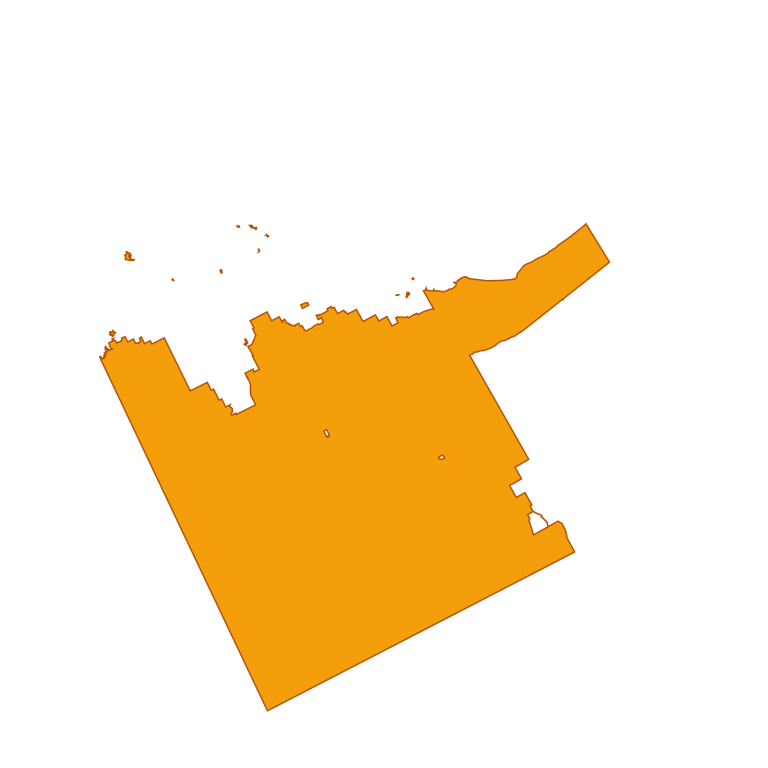 Unincorporated SA, South Australia, Australia (orthographic projection), rotated 152°
{"feature_id": "25037944B19571193858150", "entity_name": "Unincorporated SA", "entity_type": "district", "adm_level": 2, "iso_a3": "AUS", "parent_name": "Australia", "parent_adm1": "South Australia", "projection": "orthographic", "projection_center": [135.729, -30.866], "detail": "fine", "context": "isolated", "style": "filled", "palette": "amber", "viewbox_px": 768, "rotation_deg": 152, "n_neighbors": 0, "source": "geoboundaries", "source_scale": "gbopen_adm2", "svg_char_len": 6187}
<svg xmlns="http://www.w3.org/2000/svg" viewBox="0 0 768 768"><g transform="rotate(152 384 384)"><path d="M622.4,541.2L640.3,150.2L294.5,146.2L294.7,163.3L293.9,163.7L292.5,169.7L292.3,177.0L294.7,181.2L306.3,180.9L304.9,185.3L305.4,187.2L306.5,190.3L306.7,194.5L309.9,198.1L312.2,201.7L312.3,207.9L310.3,207.9L310.5,221.9L320.5,221.7L320.7,235.4L307.1,235.7L307.3,249.0L291.6,249.5L294.9,369.1L292.4,368.9L288.3,369.4L286.6,368.5L282.8,368.0L280.3,366.7L272.7,365.6L267.5,365.8L263.0,366.8L260.0,366.9L256.4,365.4L255.6,365.8L252.2,365.3L251.1,365.8L246.0,364.9L244.0,365.4L236.9,365.8L186.5,375.0L186.4,374.4L185.5,374.6L185.5,375.1L127.7,385.7L130.5,430.7L132.5,429.9L152.0,426.3L165.0,424.8L168.1,423.8L176.4,423.2L177.7,422.6L182.8,422.3L191.7,422.8L195.0,422.3L201.9,422.9L204.9,422.8L213.8,419.1L215.1,418.2L216.0,416.7L217.9,415.3L218.8,415.3L222.8,416.5L231.2,420.1L244.6,426.8L257.9,436.0L259.6,437.3L261.1,439.9L261.9,440.1L262.3,440.8L266.3,441.4L266.8,440.8L268.9,441.1L269.2,440.4L270.8,440.1L270.9,440.4L271.3,439.7L272.2,439.5L274.5,441.0L274.7,440.8L274.1,440.0L273.3,439.9L273.1,439.2L273.6,437.9L274.9,436.8L278.6,436.1L282.0,436.8L282.3,437.2L283.3,436.8L285.3,437.1L285.8,436.7L289.2,438.2L292.4,440.8L294.9,442.1L295.7,442.9L295.6,444.1L296.7,443.0L300.2,445.0L302.3,447.3L301.8,449.0L302.7,448.3L302.5,447.7L303.0,447.1L305.4,447.8L304.9,426.6L306.0,427.5L307.9,428.1L315.1,429.3L321.4,429.2L321.5,430.8L324.1,430.7L324.2,431.3L331.4,430.8L331.5,432.3L333.0,432.3L340.9,437.0L341.4,436.2L342.7,436.8L342.6,431.6L349.7,431.5L349.8,442.2L359.0,442.0L359.1,449.1L372.8,449.0L373.2,449.2L373.4,462.8L383.0,462.7L383.7,465.5L384.9,465.6L384.9,468.0L392.0,467.9L392.0,475.0L394.1,475.0L394.2,477.3L395.3,476.9L396.1,477.2L399.0,477.0L399.1,475.0L408.6,474.9L408.7,475.7L409.6,475.6L411.5,476.5L411.9,471.8L407.9,471.6L408.8,466.9L413.2,466.9L413.9,468.0L418.0,468.2L421.1,467.4L428.1,467.5L428.8,468.4L428.9,473.8L430.8,473.8L430.8,477.4L433.3,477.8L435.6,477.2L435.6,477.9L436.5,477.9L437.8,479.3L438.4,479.3L439.0,480.6L439.3,480.6L439.2,481.9L440.0,481.9L441.3,484.0L441.3,487.7L444.4,487.7L443.8,486.7L444.9,486.2L444.9,492.5L453.5,492.6L453.4,502.5L472.5,502.7L472.6,494.3L474.1,494.3L474.2,487.3L482.2,480.9L486.6,481.0L486.0,471.0L487.0,471.0L487.3,455.5L493.1,455.6L493.3,456.0L492.8,456.7L492.5,458.6L501.5,458.7L501.9,454.6L501.3,454.6L501.7,453.4L501.4,453.1L501.9,452.1L501.5,451.6L501.6,450.0L502.3,445.9L506.8,437.4L507.1,425.9L528.3,426.4L528.3,427.4L529.2,426.7L530.1,428.2L533.2,427.5L533.2,429.7L531.1,430.5L529.7,432.8L530.1,433.1L529.6,433.8L530.4,435.7L530.5,437.5L529.8,437.9L534.6,438.0L534.3,447.0L537.2,447.1L536.9,459.5L539.5,459.6L539.3,468.4L558.3,468.9L556.4,527.9L570.3,528.2L570.1,531.9L576.5,532.1L576.2,539.4L578.0,539.4L578.6,538.7L578.8,535.6L581.3,535.7L581.5,535.1L582.0,535.9L583.9,536.2L584.3,536.5L584.1,541.3L590.6,541.4L590.4,547.2L591.1,547.6L592.0,547.1L593.5,548.0L594.7,546.8L595.0,545.6L596.0,545.6L596.9,544.8L598.1,545.6L600.8,545.6L600.7,548.3L601.4,548.6L602.6,550.7L601.4,551.3L602.8,551.6L603.3,550.0L603.1,550.0L603.1,549.3L607.6,549.5L608.2,547.1L608.4,543.7L607.5,542.6L610.1,542.7L610.9,543.3L611.3,543.9L611.2,544.9L612.4,546.7L612.2,547.7L613.1,547.2L613.3,546.6L612.9,546.4L613.3,545.8L612.9,545.3L613.7,545.4L613.9,545.1L612.3,545.0L612.7,544.5L611.9,543.1L612.8,542.6L614.5,543.3L614.7,542.2L615.5,542.4L615.1,541.9L615.9,541.7L615.6,541.1L616.0,541.2L616.6,540.5L616.9,541.0L617.0,540.6L617.6,540.9L617.8,540.5L617.5,539.7L618.1,540.0L618.7,539.6L618.9,539.0L618.3,539.1L618.1,538.5L619.3,538.7L619.2,538.3L620.6,538.3L620.8,539.0L621.2,539.3L621.1,539.9L621.6,540.1L621.3,540.5L621.8,540.6L621.5,540.9L621.8,541.6L622.4,541.2ZM312.2,201.5L310.0,198.1L306.8,194.4L306.8,193.5L307.2,193.1L306.7,193.2L306.6,190.3L305.0,185.3L306.4,180.9L322.8,180.6L320.0,195.6L318.5,196.7L318.3,197.7L318.7,201.1L312.2,201.5ZM459.6,364.5L459.1,370.6L456.1,370.6L456.2,364.5L456.7,364.5L456.6,363.9L458.4,363.3L458.5,364.5L459.6,364.5ZM366.9,289.9L370.1,291.4L370.1,293.8L365.7,293.8L365.1,290.4L366.9,289.9ZM546.1,611.2L546.6,611.6L548.1,611.8L548.8,612.9L549.5,612.8L548.5,613.8L548.5,614.6L549.1,614.1L548.8,614.9L547.3,615.8L547.6,616.5L549.6,616.5L549.4,616.9L547.3,617.7L546.9,617.4L546.9,617.8L547.6,618.1L547.3,618.7L547.8,618.7L547.6,619.3L548.1,619.8L549.0,620.1L548.9,620.5L549.3,620.6L548.9,621.2L549.4,621.8L549.8,621.2L549.3,620.1L550.8,619.4L552.3,619.6L553.0,616.2L553.9,615.6L552.4,614.1L548.3,611.2L546.9,610.8L546.1,611.2ZM413.3,489.0L413.3,491.6L415.6,492.6L420.4,492.9L420.5,489.0L413.3,489.0ZM596.9,555.3L598.5,558.5L599.1,557.7L600.2,557.5L600.8,557.9L600.6,558.1L600.9,558.5L601.9,558.6L602.1,557.8L601.7,556.6L602.9,556.4L602.6,555.6L602.0,555.6L601.7,554.0L600.6,553.4L600.0,553.5L599.3,554.4L599.6,555.4L596.9,555.3ZM485.5,488.9L485.8,488.7L485.3,488.0L485.9,488.0L486.0,487.1L485.7,487.3L485.7,486.9L486.4,485.8L487.6,484.8L488.7,484.8L488.6,483.9L487.6,482.9L486.7,483.9L484.9,484.4L485.2,486.2L484.8,487.1L485.0,487.9L484.8,488.2L485.5,488.9ZM424.5,582.3L426.4,584.2L426.5,584.9L426.0,585.2L426.4,586.2L426.8,586.7L427.6,586.4L428.3,587.0L428.3,586.4L427.8,586.0L427.7,584.1L427.2,584.1L426.1,583.3L424.4,580.6L423.5,581.2L423.3,581.5L423.7,581.7L423.5,582.2L424.5,582.3ZM319.0,452.0L319.4,453.4L320.3,454.0L320.7,453.3L321.5,453.4L321.9,452.2L322.6,451.6L322.1,451.6L322.0,450.9L323.2,449.9L324.5,449.7L322.4,450.0L320.7,451.5L320.4,451.5L320.4,451.3L321.2,450.6L320.1,451.4L319.4,451.3L319.4,451.7L319.0,452.0ZM475.1,558.1L474.1,559.4L474.0,559.9L474.1,561.2L474.6,561.6L475.1,561.4L475.8,559.8L475.5,558.4L475.1,558.1ZM438.2,591.0L437.8,591.2L437.9,591.7L439.7,592.5L439.8,591.7L438.2,590.5L438.2,591.0ZM417.1,569.3L417.4,570.8L417.7,570.2L418.3,570.4L417.8,569.8L417.7,568.6L417.0,568.4L416.9,567.9L416.6,569.0L417.1,569.3ZM521.1,573.4L521.2,575.9L522.2,575.6L521.1,573.4ZM308.8,464.2L309.5,464.1L309.7,463.0L309.0,463.1L308.8,462.6L308.1,462.9L308.8,464.2ZM329.3,455.8L330.6,456.6L332.2,457.1L330.1,455.7L330.4,455.6L329.3,455.8ZM431.4,561.4L431.8,560.1L432.5,559.7L431.5,559.7L431.1,561.6L431.3,561.9L431.7,561.7L431.4,561.4Z" fill="#f59e0b" stroke="#b45309" stroke-width="1.5"/></g></svg>